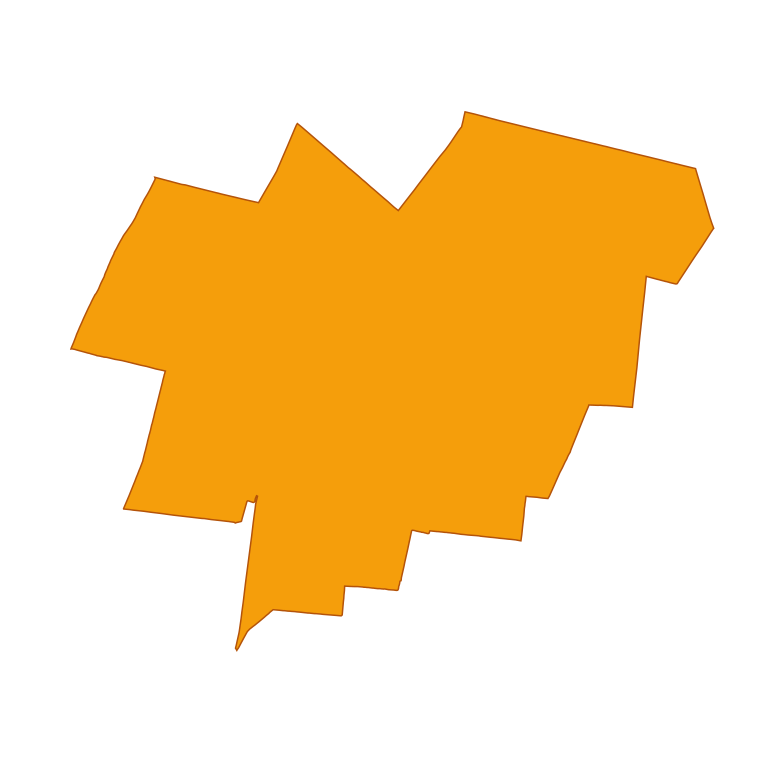 the district of Darvari, Mehedinti, Romania, rotated 275°
{"feature_id": "2599482B46217743952621", "entity_name": "Darvari", "entity_type": "district", "adm_level": 2, "iso_a3": "ROU", "parent_name": "Romania", "parent_adm1": "Mehedinti", "projection": "equal_earth", "projection_center": [23.05, 44.199], "detail": "fine", "context": "isolated", "style": "filled", "palette": "amber", "viewbox_px": 768, "rotation_deg": 275, "n_neighbors": 0, "source": "geoboundaries", "source_scale": "gbopen_adm2", "svg_char_len": 6096}
<svg xmlns="http://www.w3.org/2000/svg" viewBox="0 0 768 768"><g transform="rotate(275 384 384)"><path d="M625.7,675.6L625.8,675.3L625.9,674.8L626.1,673.2L627.7,662.7L630.2,646.6L631.2,640.7L632.5,632.0L633.1,628.3L633.8,623.6L634.9,616.2L635.6,611.9L636.2,608.1L637.1,602.8L637.7,599.0L638.1,595.8L639.2,588.8L639.9,584.7L640.3,581.6L640.7,579.1L649.0,524.1L656.5,475.6L660.8,450.6L662.2,441.0L656.3,440.2L653.5,439.9L647.1,438.9L646.7,438.8L646.2,438.4L644.4,437.2L641.5,435.5L630.6,429.5L627.5,427.7L622.4,424.6L615.8,420.0L609.1,415.7L602.5,411.5L597.9,408.6L594.9,406.7L585.0,400.4L579.6,397.1L575.5,394.4L558.0,383.1L561.1,378.5L563.1,375.8L566.1,371.9L569.2,367.5L572.0,363.6L576.8,357.0L579.3,353.4L583.3,348.1L586.0,344.2L588.8,340.5L592.1,335.9L595.0,331.8L596.4,329.6L599.2,325.9L602.7,321.1L610.0,311.2L616.6,302.0L626.9,287.8L632.1,280.6L633.9,278.0L635.9,275.0L634.7,274.3L630.9,273.0L612.9,267.2L600.6,263.1L596.3,261.7L590.3,259.7L586.8,258.6L585.9,258.2L580.4,255.7L563.4,247.7L553.7,243.2L555.4,230.5L558.9,206.7L563.4,178.2L565.0,168.9L565.2,165.1L565.4,163.9L565.7,162.3L570.0,137.6L569.3,137.9L568.9,138.1L568.2,138.1L567.7,138.0L560.0,135.0L555.6,133.2L552.7,131.9L547.0,129.1L543.0,127.5L539.5,126.0L531.4,123.0L530.2,122.6L529.5,122.3L528.0,121.8L523.9,119.9L521.3,118.6L520.5,118.1L514.4,114.7L510.8,112.5L509.0,111.5L505.8,110.1L503.3,108.9L500.8,107.8L498.9,107.0L495.9,105.8L491.9,104.0L491.3,103.8L490.1,103.6L483.4,101.0L481.3,100.4L476.6,98.8L474.9,98.4L473.7,98.0L472.4,97.5L470.7,96.9L468.7,96.3L466.5,95.9L463.3,94.6L459.9,93.3L457.5,92.5L454.9,91.7L452.9,91.0L449.1,89.3L447.7,88.3L442.9,86.3L440.0,85.2L438.5,84.7L434.5,83.1L423.2,79.0L419.2,77.7L413.5,75.7L409.4,74.4L406.8,73.5L404.4,72.9L398.4,71.2L392.6,69.3L391.6,69.1L391.8,70.0L391.5,73.3L391.2,74.4L389.6,83.3L389.0,86.4L388.9,87.7L388.5,89.3L387.9,92.6L387.5,94.7L387.2,95.4L387.1,97.1L387.0,98.5L386.8,100.0L386.7,100.2L386.8,100.6L386.5,101.9L386.4,102.9L386.4,103.8L386.4,105.2L386.2,106.8L385.1,113.9L385.0,115.4L384.5,121.1L381.5,140.2L380.8,146.1L379.5,153.2L379.1,155.4L378.3,162.0L377.9,164.7L377.8,165.1L376.8,164.8L375.2,164.6L374.3,164.3L372.6,164.1L368.7,163.4L366.1,163.1L363.9,162.7L363.0,162.6L362.1,162.4L358.7,161.9L357.0,161.6L346.2,159.9L342.0,159.2L339.8,158.9L335.5,158.1L330.7,157.5L329.2,157.2L327.8,157.0L324.5,156.5L323.0,156.1L317.5,155.4L314.1,154.8L312.7,154.5L308.2,153.8L306.6,153.5L305.6,153.4L304.6,153.3L302.9,153.0L296.3,152.0L295.1,151.7L289.2,150.8L287.2,150.5L286.0,150.4L285.5,150.2L278.8,148.3L277.6,147.9L276.7,147.6L271.8,146.2L270.4,145.7L264.7,144.1L263.5,143.7L250.6,139.8L237.1,135.4L236.8,135.5L236.7,141.9L236.5,145.0L236.3,155.6L235.9,163.8L235.6,173.3L235.0,185.5L234.2,214.5L234.3,216.7L234.2,218.5L233.9,223.6L233.7,233.4L233.5,239.9L233.5,241.2L233.4,242.4L233.2,246.5L233.1,247.1L232.7,247.6L232.6,247.8L232.6,248.1L232.6,248.3L232.9,248.7L233.3,249.6L233.5,250.5L233.8,251.3L234.5,253.5L235.0,254.0L238.1,254.5L255.0,257.7L255.4,258.0L255.7,258.3L255.7,259.2L255.2,261.3L254.6,263.8L254.6,264.1L254.6,264.4L254.9,264.9L255.3,265.3L255.8,265.5L258.3,265.8L259.0,265.9L261.6,266.8L261.2,267.8L253.2,266.6L249.2,266.5L243.1,266.2L233.7,265.8L220.5,265.4L174.3,263.4L154.8,262.8L144.6,262.3L138.1,262.1L125.3,261.4L123.1,261.2L110.3,259.5L108.6,259.2L107.9,259.1L107.6,259.2L107.0,259.8L105.8,260.6L106.5,260.9L107.8,261.7L108.5,262.1L113.5,264.2L119.1,266.6L124.5,269.0L125.2,269.3L126.2,270.0L128.3,271.7L129.2,272.7L131.4,275.0L132.5,276.3L133.4,277.2L136.8,280.7L141.4,285.3L142.4,286.2L144.4,288.2L145.3,289.2L146.3,289.9L147.0,290.6L149.5,293.2L149.5,299.3L149.4,303.2L149.5,304.9L149.4,307.2L149.4,308.7L149.5,310.4L149.4,311.0L149.5,315.3L149.4,316.8L149.4,319.3L149.4,320.2L149.2,328.1L149.3,329.6L149.2,333.3L149.2,335.1L149.3,336.2L149.3,341.3L149.2,343.0L149.3,355.6L149.3,359.2L149.3,361.1L149.4,361.7L149.7,362.0L150.2,362.3L150.3,362.5L160.6,362.5L163.5,362.5L166.9,362.6L170.3,362.5L174.8,362.6L179.2,362.4L179.3,364.3L179.4,367.7L179.6,372.0L179.8,374.0L179.9,375.3L179.9,380.5L179.8,381.6L179.9,383.3L179.8,384.5L179.9,386.1L179.7,390.3L179.8,391.1L179.7,391.9L179.6,395.4L179.8,397.9L179.7,398.8L179.7,401.6L179.9,402.5L179.5,406.4L179.6,411.8L179.5,413.3L179.5,414.6L179.6,415.1L179.8,415.6L180.2,415.9L180.8,416.1L181.8,416.3L183.4,416.3L185.5,416.8L187.2,417.0L188.4,417.0L189.0,417.2L189.2,417.4L189.5,418.1L190.4,418.2L191.7,418.2L192.5,418.2L204.2,419.8L208.0,420.2L221.4,422.0L229.6,423.0L231.8,423.3L236.2,423.8L240.0,424.3L240.5,424.5L240.7,424.8L240.8,425.1L240.8,425.5L240.8,425.9L240.6,427.7L240.3,429.0L239.9,432.5L239.9,433.1L239.6,434.3L239.6,434.8L239.6,435.4L239.6,436.1L239.3,437.3L239.1,438.8L238.8,440.1L238.8,440.9L239.0,441.6L239.3,441.9L241.7,442.5L241.6,449.5L241.7,451.7L241.6,453.2L241.6,455.2L241.5,457.7L241.6,459.2L241.5,460.4L241.5,462.6L241.4,464.7L241.4,466.9L241.0,474.0L241.0,477.3L240.9,480.8L240.9,481.7L241.0,488.9L241.0,491.5L240.8,493.6L240.6,503.4L240.6,506.4L240.5,510.4L240.4,513.0L240.4,516.8L240.3,520.8L240.3,524.0L240.2,528.7L239.7,533.7L239.7,534.1L240.0,534.1L246.3,534.4L254.3,534.5L264.6,534.8L272.4,534.7L275.0,534.9L277.3,534.9L279.8,535.1L284.4,535.2L284.5,535.8L284.5,536.6L284.4,538.1L284.5,546.3L284.3,549.8L284.2,551.6L284.2,554.1L284.2,555.9L284.2,557.3L286.7,558.5L292.4,560.5L311.2,566.9L315.9,568.9L321.9,571.1L325.3,572.6L327.6,573.3L329.6,574.1L331.9,575.2L332.3,575.4L334.7,575.9L338.8,577.1L339.8,577.4L352.2,581.2L353.3,581.5L370.5,586.7L379.8,589.7L380.9,589.9L381.1,592.9L381.4,599.2L381.7,601.2L381.8,604.8L382.0,607.3L382.3,614.9L382.4,633.5L394.3,633.7L422.2,634.5L450.5,634.7L481.1,635.3L498.2,635.7L514.1,635.9L512.1,647.2L511.9,648.7L511.5,650.8L511.0,653.9L510.7,655.4L510.6,656.6L510.3,658.1L510.3,658.5L510.0,659.6L509.8,660.9L509.7,661.5L509.2,665.1L509.1,666.0L509.2,666.4L509.3,666.9L509.6,667.4L511.8,668.5L520.9,673.4L533.8,680.3L538.9,683.1L549.0,688.8L563.9,696.6L567.5,698.6L567.8,698.9L571.6,697.1L573.1,696.4L578.2,694.2L592.8,688.5L601.1,685.3L610.1,681.7L624.8,675.9L625.7,675.6Z" fill="#f59e0b" stroke="#b45309" stroke-width="1.5"/></g></svg>